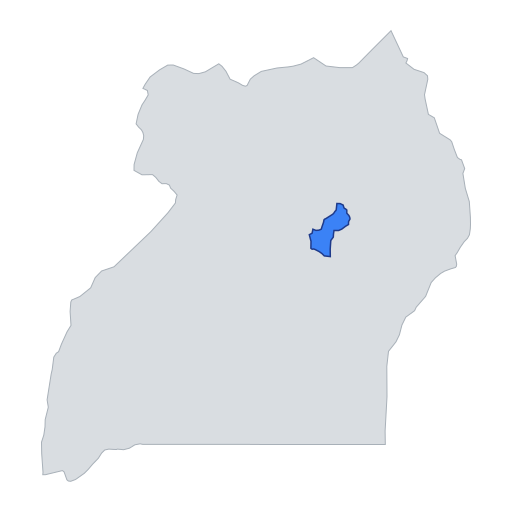 where Kaberamaido sits in Uganda
{"feature_id": "UGA-3066", "entity_name": "Kaberamaido", "entity_type": "District", "adm_level": 1, "iso_a3": "UGA", "parent_name": "Uganda", "parent_adm1": "", "projection": "orthographic", "projection_center": [33.211, 1.704], "detail": "fine", "context": "in_parent", "style": "filled", "palette": "blue", "viewbox_px": 512, "rotation_deg": 0, "n_neighbors": 0, "source": "natural_earth", "source_scale": "10m", "svg_char_len": 2863}
<svg xmlns="http://www.w3.org/2000/svg" viewBox="0 0 512 512"><path d="M385.3,444.5L376.7,444.5L362.6,444.5L348.5,444.5L334.4,444.5L320.4,444.5L306.3,444.5L292.2,444.5L278.1,444.5L264.0,444.5L249.9,444.4L235.8,444.4L221.8,444.4L207.7,444.4L193.6,444.4L179.5,444.4L165.4,444.4L151.4,444.4L143.0,444.4L141.4,444.1L140.2,443.8L134.9,444.8L129.4,448.2L123.6,449.7L117.3,449.1L116.5,449.5L113.4,449.4L108.8,449.1L104.7,450.0L101.6,453.1L98.3,458.3L92.6,464.2L88.1,469.5L84.3,473.3L75.5,479.5L70.7,481.3L68.3,481.0L66.9,479.8L64.1,471.9L62.4,470.6L45.4,474.7L42.8,474.7L43.0,472.3L41.7,453.6L41.5,442.2L43.8,435.1L45.0,426.9L45.2,419.6L48.3,407.2L47.1,399.8L51.2,373.9L52.2,369.6L53.8,357.1L56.3,353.2L58.6,351.7L61.5,344.0L67.1,331.7L71.0,325.4L70.1,311.5L70.8,302.1L71.7,300.0L79.9,296.5L90.7,287.8L95.2,277.6L101.6,271.0L114.0,266.8L150.8,231.7L168.0,212.7L175.4,203.0L175.7,199.5L177.1,195.0L174.1,191.4L170.6,188.1L169.4,185.1L166.3,183.6L162.0,183.7L159.0,181.5L155.7,177.3L152.5,174.6L142.0,174.8L134.0,170.4L134.1,164.5L137.3,152.8L143.4,139.4L143.7,135.7L142.9,132.5L141.4,129.8L138.7,127.2L136.1,123.9L138.1,114.3L142.0,104.9L145.1,100.2L148.2,94.9L147.4,90.5L142.9,88.4L145.2,84.2L150.1,77.0L159.5,69.9L167.7,65.1L173.2,65.0L183.9,68.9L193.6,73.4L198.9,73.6L205.4,71.8L218.8,63.8L222.0,66.3L225.9,71.2L230.1,79.2L238.5,82.9L242.6,85.4L245.5,86.2L247.1,85.5L250.3,79.2L254.1,75.8L261.3,71.4L277.0,68.0L288.3,66.9L293.0,66.2L301.0,64.1L313.6,57.7L326.0,66.0L339.5,67.6L352.5,67.6L356.5,65.0L358.8,63.1L372.4,49.3L391.0,30.7L403.3,56.9L407.6,58.5L407.0,60.8L405.9,63.0L414.0,69.3L424.0,72.6L427.5,75.8L427.8,79.3L424.5,94.7L425.1,99.0L428.4,114.4L434.3,117.8L439.6,133.3L450.2,139.9L451.7,141.7L454.2,149.2L457.4,157.5L460.0,159.4L461.5,159.8L464.7,168.6L462.9,173.4L465.3,188.3L469.3,201.6L470.4,217.5L470.5,224.5L470.3,228.8L469.4,234.8L467.5,238.3L464.2,241.7L460.4,247.1L457.1,252.8L455.1,255.6L456.7,264.2L456.3,266.4L455.4,267.5L450.6,268.9L444.4,271.2L440.7,273.4L435.4,277.8L431.2,282.5L425.6,296.4L416.2,307.2L414.6,310.7L405.8,317.1L401.9,325.1L399.4,334.8L396.0,341.8L388.5,351.3L386.8,366.4L387.0,396.6L385.1,431.0L385.3,444.5Z" fill="#d9dde1" stroke="#a8b0b8" stroke-width="1"/><path d="M312.1,249.2L310.9,248.3L311.0,241.3L309.3,234.7L312.1,233.2L312.9,229.2L315.9,230.4L318.8,230.2L320.1,229.7L321.3,229.1L321.6,228.1L321.9,227.0L323.5,222.4L324.0,219.8L324.7,219.1L325.7,218.7L332.8,214.2L334.0,212.9L335.0,211.3L335.7,210.7L336.2,209.9L336.9,203.5L340.2,203.6L343.2,205.1L343.6,206.7L344.2,208.2L345.7,209.0L346.8,210.0L346.8,213.2L348.9,215.5L349.7,217.2L350.0,219.0L348.6,221.5L348.5,223.0L348.5,224.5L345.5,226.3L341.8,229.1L338.6,230.5L334.0,230.5L333.5,233.9L333.3,237.1L330.8,240.5L330.2,249.2L330.3,256.6L324.3,255.9L322.0,253.6L319.2,251.6L314.9,249.4L313.6,249.0L312.1,249.2Z" fill="#3b82f6" stroke="#1e3a8a" stroke-width="1.5"/></svg>